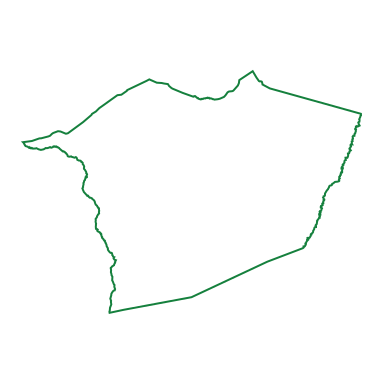 Chadiza, Eastern, Zambia
{"feature_id": "96606910B44569696961001", "entity_name": "Chadiza", "entity_type": "district", "adm_level": 2, "iso_a3": "ZMB", "parent_name": "Zambia", "parent_adm1": "Eastern", "projection": "albers", "projection_center": [32.572, -14.108], "detail": "fine", "context": "isolated", "style": "outline", "palette": "green", "viewbox_px": 384, "rotation_deg": 0, "n_neighbors": 0, "source": "geoboundaries", "source_scale": "gbopen_adm2", "svg_char_len": 5854}
<svg xmlns="http://www.w3.org/2000/svg" viewBox="0 0 384 384"><path d="M360.9,113.8L269.8,88.4L262.5,84.5L262.5,83.9L261.8,81.7L260.8,81.3L259.6,81.4L258.9,81.0L256.5,77.6L252.7,71.2L239.3,80.1L238.9,83.1L237.9,85.5L233.3,90.7L232.1,91.2L229.0,91.5L227.6,92.3L225.5,95.3L224.0,96.9L219.9,98.7L217.9,99.2L214.4,99.6L213.2,99.1L212.5,99.1L211.6,98.5L210.6,98.4L209.7,98.5L209.6,98.2L209.2,98.2L208.9,97.8L207.9,98.0L207.6,97.7L207.0,98.0L206.7,97.9L206.3,98.1L205.4,98.2L205.3,98.4L203.9,98.4L202.9,99.0L202.6,98.8L201.8,99.0L201.4,98.9L201.2,99.3L200.5,99.4L198.4,98.7L198.1,98.1L197.4,98.1L197.3,97.8L196.4,97.3L195.5,96.4L195.0,96.4L194.9,96.1L194.2,96.1L193.3,96.7L182.7,92.9L172.4,88.6L171.3,87.9L169.1,86.0L167.9,84.1L163.9,83.5L161.7,83.0L156.8,82.7L149.3,79.4L146.5,80.9L127.2,90.1L126.8,90.9L121.4,94.7L117.4,95.2L99.2,108.2L95.9,111.5L92.0,113.9L91.4,115.0L83.1,122.1L68.0,133.2L66.6,133.6L65.8,133.7L60.5,131.5L58.0,131.2L53.2,133.0L51.9,133.9L50.1,135.7L48.5,136.4L41.2,138.3L39.4,138.4L31.9,141.0L23.0,142.2L23.9,143.1L24.0,143.7L24.7,144.4L24.8,145.1L25.6,146.1L27.7,146.7L29.0,147.8L29.5,147.7L29.7,148.0L30.2,148.1L30.2,147.7L31.1,148.4L31.8,147.9L32.5,148.3L32.8,148.6L35.4,148.5L36.4,148.2L38.6,149.3L40.9,149.9L43.7,149.3L45.8,148.0L46.9,148.2L48.5,147.8L50.1,147.1L50.3,147.2L50.3,147.4L51.3,147.7L52.7,147.2L53.4,146.4L53.8,146.4L54.1,146.7L54.5,146.6L54.9,146.7L55.1,146.4L55.8,146.8L56.5,146.5L57.1,147.2L57.7,147.1L58.3,147.7L59.1,148.0L59.6,148.7L62.4,151.1L62.9,151.1L63.2,151.6L63.9,151.5L64.9,152.1L65.5,152.9L66.1,153.2L66.2,153.6L67.2,154.5L67.7,156.1L68.3,156.5L69.5,156.7L71.1,156.4L71.3,156.7L74.6,157.7L75.8,157.1L76.6,157.7L77.4,159.9L77.8,160.0L78.7,160.5L80.5,160.7L81.5,161.7L81.5,162.0L81.9,162.0L82.7,162.8L82.7,164.1L83.7,165.3L84.2,166.7L83.9,168.2L84.1,169.0L84.8,169.7L86.1,171.8L86.3,172.6L86.2,173.2L86.9,173.9L87.1,174.7L86.5,175.5L86.5,176.6L86.9,176.8L86.9,177.2L85.7,177.9L85.5,177.7L84.9,180.1L84.3,180.5L83.8,182.5L83.4,183.1L83.6,184.0L83.0,186.5L83.1,187.0L82.4,188.4L82.8,189.0L82.8,189.7L83.2,190.3L83.8,191.9L86.5,194.9L87.3,195.4L87.4,195.9L88.2,195.8L88.6,196.6L89.7,197.7L90.5,197.7L91.9,198.3L92.3,199.0L93.6,199.9L94.7,201.4L94.9,202.5L95.7,204.6L97.0,205.7L97.4,206.7L98.1,207.4L98.1,207.8L98.9,208.2L99.0,208.5L98.9,209.2L99.2,210.9L98.9,212.0L99.1,213.4L98.5,214.0L98.4,214.4L98.0,214.6L97.0,216.4L96.9,217.2L95.6,219.0L95.8,220.1L95.6,221.4L95.8,222.9L96.1,223.7L95.9,224.5L96.0,225.0L95.8,226.1L95.9,228.3L96.1,228.9L96.6,228.8L97.7,229.6L97.2,230.6L97.4,231.0L98.0,231.5L99.2,232.0L99.6,232.5L100.0,232.5L100.4,233.3L100.9,233.5L100.9,234.2L101.3,234.3L101.4,235.8L102.2,237.1L102.0,237.5L102.3,238.1L103.5,239.2L103.8,240.0L104.8,240.6L104.6,241.1L105.6,242.6L105.5,242.9L106.4,244.5L106.7,246.3L107.9,248.3L107.8,249.1L108.2,250.3L109.8,252.3L110.7,252.9L111.5,252.8L111.9,253.1L112.3,254.5L112.3,255.2L112.7,255.5L113.0,256.3L113.5,257.0L114.2,257.2L113.7,257.9L113.6,258.5L114.5,259.7L115.9,260.2L115.3,261.4L115.3,261.9L114.9,262.2L115.0,262.9L114.2,264.3L114.0,265.2L112.0,266.5L111.3,267.6L110.8,267.8L110.7,268.1L111.1,270.2L110.9,272.2L111.5,274.2L111.5,275.1L112.4,276.7L112.2,280.5L112.7,281.2L113.9,284.4L114.5,285.0L114.3,286.8L115.1,289.1L114.7,290.3L114.2,290.3L113.0,291.2L111.8,293.0L111.3,294.0L111.3,295.1L110.3,298.7L111.1,300.9L110.9,301.9L111.3,304.4L110.0,307.8L109.8,310.3L109.4,311.8L109.6,312.8L123.7,309.8L191.5,297.2L267.3,261.7L302.8,248.2L303.6,247.6L303.8,247.3L303.5,247.2L303.5,246.4L304.9,246.2L305.5,244.9L305.8,244.7L305.9,243.9L305.4,243.7L305.4,243.4L306.1,242.7L306.6,241.5L307.3,240.7L307.4,240.3L307.1,240.1L307.1,239.8L307.9,240.0L308.3,239.7L308.4,239.3L308.1,238.6L308.2,238.3L307.8,238.2L307.6,237.9L307.8,237.8L309.3,237.9L309.6,237.7L310.7,235.9L310.7,235.0L311.4,234.6L311.1,234.0L312.8,232.6L313.1,231.9L313.2,230.7L314.1,229.4L314.3,228.1L314.6,227.5L315.5,226.8L316.0,226.9L316.0,226.1L315.6,225.7L315.6,225.3L316.1,224.6L316.6,224.3L316.8,223.6L317.1,221.5L317.0,221.0L317.5,220.6L317.5,220.1L318.9,218.4L319.1,217.6L319.6,217.6L319.5,217.2L319.6,216.5L319.9,216.4L319.9,216.1L319.7,216.1L319.4,215.5L319.1,214.1L319.6,213.7L320.3,214.0L320.2,213.3L320.4,212.8L319.8,212.7L319.6,211.6L319.9,211.2L320.5,211.5L320.6,211.0L321.2,210.7L321.6,208.9L322.0,208.5L321.7,207.8L320.8,207.6L320.7,207.0L321.0,206.0L321.7,205.9L322.7,205.2L322.7,204.8L322.2,204.2L322.2,203.7L322.7,203.1L323.3,203.1L323.2,201.6L324.3,200.0L324.3,199.6L323.6,199.5L323.8,198.8L323.1,197.5L323.4,197.2L323.6,196.3L324.0,196.3L324.9,195.6L325.0,193.5L326.8,190.5L328.0,189.2L328.1,188.8L329.0,187.3L329.2,186.3L330.2,185.5L331.5,185.3L331.9,184.9L332.2,183.8L333.2,183.4L335.0,181.9L337.9,181.6L338.4,181.3L339.0,181.2L339.3,180.8L338.9,179.8L339.7,178.5L339.2,178.2L339.3,176.7L340.0,176.4L340.1,175.3L340.9,174.8L340.7,173.7L340.9,172.9L341.1,172.6L341.8,172.7L342.1,172.5L342.2,172.0L341.7,171.6L342.0,171.2L342.2,169.8L342.9,168.2L342.8,167.8L342.5,168.3L341.5,168.4L341.6,167.4L342.8,165.6L343.5,164.9L343.4,164.7L343.1,164.9L342.8,164.6L344.5,162.6L344.4,161.7L344.6,160.7L345.2,160.1L345.8,160.0L345.5,157.7L346.3,157.6L347.3,157.8L347.5,157.6L348.1,155.9L348.2,154.5L347.9,154.0L347.9,153.5L349.1,153.2L349.4,152.6L349.4,151.4L350.8,150.4L350.0,149.4L349.6,149.2L349.4,148.7L349.6,148.3L350.2,147.8L350.3,147.2L351.0,146.6L351.1,146.1L350.5,145.3L350.6,144.7L350.9,144.4L352.1,144.4L351.6,143.7L351.9,143.1L351.7,141.5L352.6,141.1L352.3,139.4L352.5,139.0L352.9,138.9L353.0,138.5L352.6,136.7L353.3,135.7L354.4,135.8L354.6,133.8L355.2,133.4L355.3,132.5L355.8,131.6L355.7,131.1L356.0,129.6L355.2,129.3L355.1,129.0L355.9,127.7L355.9,126.5L356.9,126.0L357.3,126.6L357.8,126.5L359.6,125.6L358.8,124.1L358.3,122.5L358.7,122.0L359.4,121.7L359.6,119.9L359.2,119.3L360.4,116.6L360.5,115.7L361.0,115.3L360.9,113.8Z" fill="none" stroke="#15803d" stroke-width="2"/></svg>